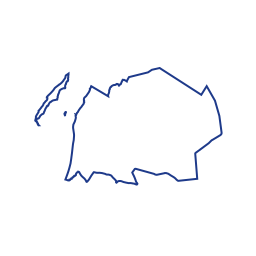 the district of Inhassoro, Inhambane, Mozambique, rotated 211°
{"feature_id": "85939544B58581363474884", "entity_name": "Inhassoro", "entity_type": "district", "adm_level": 2, "iso_a3": "MOZ", "parent_name": "Mozambique", "parent_adm1": "Inhambane", "projection": "equal_earth", "projection_center": [35.058, -21.718], "detail": "fine", "context": "isolated", "style": "outline", "palette": "blue", "viewbox_px": 256, "rotation_deg": 211, "n_neighbors": 0, "source": "geoboundaries", "source_scale": "gbopen_adm2", "svg_char_len": 5708}
<svg xmlns="http://www.w3.org/2000/svg" viewBox="0 0 256 256"><g transform="rotate(211 128 128)"><path d="M42.5,120.1L57.2,140.7L57.3,141.1L57.2,141.5L57.1,141.8L51.0,156.5L50.0,160.4L49.9,160.7L49.6,161.1L45.1,169.6L44.9,170.6L44.9,170.8L44.9,171.3L45.1,171.6L45.3,172.1L55.9,185.4L67.5,196.2L82.1,204.4L82.3,194.2L131.8,195.7L137.5,190.2L139.5,186.0L153.4,172.1L153.2,168.1L153.0,167.3L154.5,167.4L156.3,167.2L156.5,166.9L157.1,166.6L157.3,166.6L157.4,166.1L157.2,165.4L157.2,165.1L157.3,164.7L157.1,164.2L157.0,163.0L156.8,162.4L156.8,162.0L156.9,161.6L157.3,161.3L157.5,160.9L157.4,160.1L157.4,159.8L157.6,159.6L157.9,159.7L158.5,160.3L158.9,160.4L159.6,160.3L160.3,160.0L160.6,159.6L160.7,158.9L161.0,158.5L161.5,158.0L162.0,157.8L162.4,157.4L162.8,156.9L163.5,155.7L163.7,155.1L163.6,154.6L163.7,154.4L164.0,154.1L164.0,152.8L163.9,152.4L163.8,152.1L163.6,151.9L163.5,151.6L163.6,151.1L163.6,150.8L163.5,150.5L163.1,150.1L162.4,148.2L162.2,146.4L162.1,146.1L161.9,145.7L161.3,145.0L181.1,144.9L181.1,144.5L180.8,144.1L180.7,143.8L180.8,142.5L180.9,142.2L180.9,141.9L180.6,141.7L180.3,141.2L180.3,140.8L180.1,139.8L180.0,138.6L180.3,133.8L180.7,132.5L180.9,131.8L181.0,131.5L181.0,131.3L180.8,130.3L180.4,129.5L179.8,129.0L179.8,128.6L179.7,128.5L179.5,128.1L178.9,127.8L178.7,127.4L178.7,127.0L178.8,126.5L178.7,126.4L178.7,126.5L178.5,126.0L178.5,125.2L178.7,124.1L178.7,123.4L178.8,123.0L178.8,122.0L179.2,120.1L179.2,119.2L179.3,118.3L179.3,116.8L179.2,115.8L179.3,115.4L179.5,114.8L179.5,114.5L179.3,113.9L179.4,113.4L179.4,113.2L179.4,112.8L179.8,112.7L179.5,112.5L179.1,112.2L179.1,111.8L179.1,111.6L179.2,111.4L178.2,110.3L177.7,109.2L176.9,106.1L176.6,102.8L176.5,102.6L175.7,100.8L175.1,99.8L171.1,94.9L170.2,93.5L168.3,89.7L167.2,86.7L166.7,85.5L163.0,77.4L160.7,72.1L159.0,68.0L157.8,64.0L156.8,60.2L156.1,56.9L155.1,51.6L154.0,51.9L152.3,52.2L152.0,52.4L151.7,52.6L151.7,53.3L151.1,53.2L151.0,53.4L151.1,54.0L150.8,54.4L150.8,54.6L150.8,54.8L150.7,55.0L150.7,55.5L150.3,55.6L150.1,55.6L150.1,55.8L150.2,56.0L150.2,56.3L150.1,56.7L149.9,57.0L150.0,57.2L149.7,57.4L149.7,57.7L149.7,58.4L149.6,58.8L149.3,58.6L149.2,58.8L149.3,59.3L149.2,59.6L149.0,59.8L148.6,60.0L148.6,60.3L148.4,60.7L148.5,61.0L148.8,61.5L149.0,62.2L148.9,62.8L148.9,63.3L148.8,63.7L148.3,64.2L148.3,64.9L147.5,65.1L147.0,65.0L145.8,64.2L143.9,63.3L143.8,63.2L141.9,62.7L139.2,62.2L137.0,61.3L136.3,60.7L136.1,60.6L135.8,60.5L135.5,60.7L135.3,61.2L135.0,63.0L134.9,64.2L134.9,66.0L134.9,68.2L134.6,72.4L134.4,72.6L132.0,73.4L131.2,73.8L129.3,75.0L127.0,76.0L124.0,76.9L122.6,77.0L121.8,77.4L120.6,78.1L118.9,78.5L118.0,78.6L117.2,78.4L115.6,77.8L113.4,77.3L111.9,76.9L111.1,76.6L110.6,76.0L110.3,75.3L110.1,75.2L109.7,75.2L109.4,76.1L109.2,76.9L109.0,77.4L108.5,77.8L108.1,78.1L107.3,78.6L106.3,79.0L104.0,79.4L101.5,80.2L99.0,81.1L97.7,82.0L95.8,82.8L95.1,83.0L94.1,83.5L93.3,83.6L92.0,83.8L91.6,83.9L91.3,84.1L91.2,84.3L91.2,85.0L91.5,85.2L92.0,85.5L92.9,85.8L94.0,86.6L95.1,87.6L95.7,88.0L96.0,88.3L98.2,89.9L99.5,90.7L101.4,92.0L101.4,92.3L101.4,92.7L101.2,94.7L101.1,96.3L100.9,96.6L100.6,96.8L100.4,97.0L82.0,102.1L80.8,102.1L79.6,102.5L79.0,102.9L78.9,103.0L73.3,108.2L73.2,108.4L72.1,109.0L71.3,109.2L70.2,109.5L69.6,109.5L68.8,109.5L67.3,109.4L65.6,109.4L63.4,109.4L61.6,109.2L59.8,108.7L59.0,108.6L58.4,108.5L57.8,108.6L57.3,108.9L42.5,120.1ZM207.1,84.6L206.4,84.3L206.1,84.2L205.8,84.4L206.2,84.5L206.5,84.6L206.9,84.8L207.4,85.4L208.4,85.8L208.7,86.1L208.9,86.3L209.4,86.4L209.7,86.6L210.2,87.0L210.4,87.2L210.7,87.9L210.7,88.8L210.6,89.2L210.4,89.5L209.6,90.1L209.5,90.4L209.4,91.6L209.5,93.3L209.4,93.6L209.3,93.9L208.8,95.5L208.5,95.9L208.2,96.2L207.9,96.8L207.9,97.0L208.0,97.8L208.2,98.4L208.2,99.3L208.7,102.1L208.7,102.7L208.6,103.6L208.8,104.8L208.7,105.3L208.6,105.5L208.3,105.4L208.2,105.4L208.1,105.6L208.0,106.1L208.0,106.6L208.2,107.8L208.2,109.5L208.0,109.9L207.9,110.4L207.5,110.7L207.2,111.7L206.7,112.7L206.0,113.5L204.2,115.1L203.9,115.5L203.3,115.9L203.3,116.0L203.7,116.4L203.8,116.8L203.8,117.3L204.0,117.8L204.1,118.3L204.5,118.6L204.6,118.9L204.7,119.7L204.9,120.0L205.0,120.5L205.2,120.9L205.1,121.6L205.2,121.9L205.3,122.5L205.4,123.0L205.7,124.0L205.8,124.6L205.8,125.3L205.6,126.0L204.9,127.3L203.7,128.9L203.0,129.4L202.7,129.4L202.4,129.7L202.4,130.0L202.6,130.4L202.9,130.7L203.3,131.2L203.6,131.8L203.9,132.9L203.9,133.3L203.8,133.8L203.9,134.1L204.2,134.4L204.2,135.4L204.4,135.8L204.4,136.0L204.3,136.3L204.3,136.7L204.2,136.9L204.1,137.1L203.8,137.2L203.8,137.4L203.8,137.7L204.1,138.2L204.2,138.7L204.7,139.3L205.1,139.8L205.1,140.3L205.3,140.7L205.7,141.3L206.2,142.3L206.4,143.0L207.0,144.0L207.3,143.3L207.5,142.7L208.1,141.8L208.2,141.4L208.3,140.7L208.2,140.3L208.1,140.0L207.9,139.6L207.7,139.0L207.6,138.3L207.7,136.7L207.8,136.0L207.8,134.7L208.0,133.7L208.3,132.3L208.6,131.5L208.8,130.8L209.2,130.1L209.4,129.8L209.5,129.1L209.7,128.9L210.0,128.0L210.6,126.6L211.3,124.7L211.4,123.6L211.4,122.6L211.7,120.6L212.2,118.2L212.3,117.8L213.3,114.2L213.4,113.3L213.5,112.8L213.4,112.5L213.3,112.3L212.8,112.5L212.3,111.8L212.0,111.1L211.9,110.4L212.0,109.6L212.5,108.1L212.5,107.5L212.5,107.1L212.9,105.7L212.6,104.3L212.6,102.7L212.9,101.5L212.9,100.7L213.3,97.7L213.5,96.9L213.5,96.5L213.2,96.3L212.9,95.7L212.9,93.9L213.0,92.5L212.9,91.6L212.9,90.7L212.8,90.3L212.3,89.5L212.0,88.8L211.4,86.7L211.1,86.5L210.9,86.4L210.6,86.4L210.4,86.6L210.1,86.6L209.0,85.9L207.8,85.3L207.1,84.6ZM189.8,109.5L189.8,109.1L189.9,107.7L189.3,106.9L188.6,106.4L188.5,106.5L188.6,106.9L188.7,107.1L189.1,107.3L189.3,107.5L189.5,107.7L189.5,108.0L189.4,108.3L189.3,108.7L189.1,109.1L189.2,109.3L189.5,109.4L189.6,109.6L189.8,109.5Z" fill="none" stroke="#1e3a8a" stroke-width="2"/></g></svg>